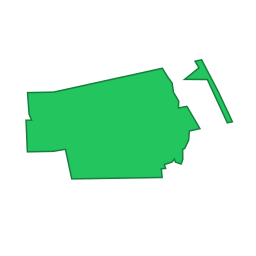 outline of Willacy, Texas, United States of America, rotated 348°
{"feature_id": "52423323B56216373700802", "entity_name": "Willacy", "entity_type": "district", "adm_level": 2, "iso_a3": "USA", "parent_name": "United States of America", "parent_adm1": "Texas", "projection": "equal_earth", "projection_center": [-97.535, 26.456], "detail": "fine", "context": "isolated", "style": "filled", "palette": "green", "viewbox_px": 256, "rotation_deg": 348, "n_neighbors": 0, "source": "geoboundaries", "source_scale": "gbopen_adm2", "svg_char_len": 663}
<svg xmlns="http://www.w3.org/2000/svg" viewBox="0 0 256 256"><g transform="rotate(348 128 128)"><path d="M37.1,72.5L34.1,94.0L35.4,100.3L29.9,99.2L24.6,130.4L28.8,131.2L50.1,135.3L62.4,135.8L62.4,166.1L138.3,181.0L151.1,183.5L152.1,174.8L156.4,175.4L156.0,171.3L163.9,170.5L167.0,168.0L167.3,171.2L172.5,174.3L175.1,170.0L177.0,160.4L179.3,159.7L184.8,152.5L187.4,143.7L198.2,143.6L190.1,119.1L181.5,118.9L183.2,112.4L179.9,102.5L180.5,93.2L177.5,86.5L174.0,76.7L62.5,77.4L37.1,72.5ZM207.5,76.6L209.9,83.9L193.5,92.2L215.7,97.1L224.1,134.1L226.2,143.6L231.4,143.6L223.8,111.1L214.2,76.6L207.5,76.6Z" fill="#22c55e" stroke="#15803d" stroke-width="1.5"/></g></svg>